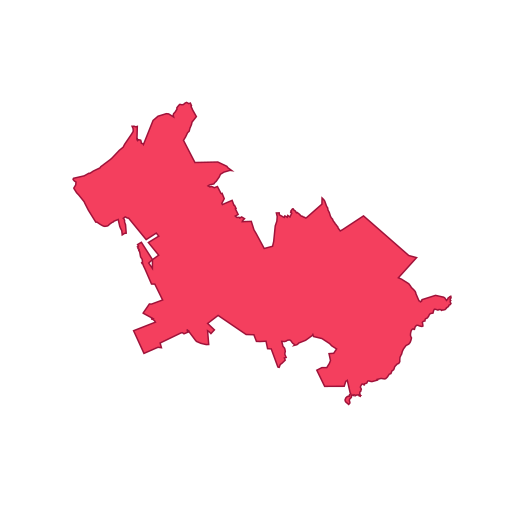 the district of Ezequiel Montes, Querétaro, Mexico, rotated 329°
{"feature_id": "50627088B86896895761869", "entity_name": "Ezequiel Montes", "entity_type": "district", "adm_level": 2, "iso_a3": "MEX", "parent_name": "Mexico", "parent_adm1": "Querétaro", "projection": "equal_earth", "projection_center": [-99.842, 20.653], "detail": "fine", "context": "isolated", "style": "filled", "palette": "rose", "viewbox_px": 512, "rotation_deg": 329, "n_neighbors": 0, "source": "geoboundaries", "source_scale": "gbopen_adm2", "svg_char_len": 6117}
<svg xmlns="http://www.w3.org/2000/svg" viewBox="0 0 512 512"><g transform="rotate(329 256 256)"><path d="M402.2,390.8L401.1,390.7L400.0,391.0L399.3,390.9L398.8,391.1L398.3,391.6L396.4,392.2L396.2,389.1L395.6,387.9L389.6,382.2L375.8,378.9L374.6,380.0L373.3,380.0L373.3,379.1L372.6,378.3L373.7,370.4L374.0,369.8L374.2,368.4L373.9,366.4L372.9,362.8L373.0,362.0L372.7,358.6L368.8,350.8L366.8,348.0L392.8,340.1L387.2,334.3L368.8,277.0L343.9,278.0L341.1,277.9L340.8,274.3L341.1,273.2L340.8,271.4L340.7,269.9L340.4,269.0L340.6,267.8L340.3,266.5L340.3,265.1L340.6,263.9L340.2,262.0L340.3,260.2L341.2,256.5L341.4,253.5L342.2,251.7L342.1,249.8L343.2,244.3L343.1,242.5L342.5,240.3L339.2,245.5L318.9,249.2L317.9,248.9L317.6,247.8L316.7,247.2L316.4,246.0L315.5,245.4L315.0,244.0L314.8,242.7L313.7,239.9L312.9,239.8L312.9,237.7L312.2,236.3L312.2,234.8L311.5,234.4L309.1,235.4L309.3,235.8L308.2,236.5L308.7,237.7L305.2,240.0L304.1,237.6L302.7,238.9L301.4,236.5L300.0,237.5L297.2,232.7L298.1,231.0L295.6,229.6L294.5,233.1L291.8,236.9L288.0,240.1L278.7,252.6L275.2,256.2L266.9,253.8L267.7,236.7L267.7,232.6L269.8,223.9L261.9,219.5L262.7,218.8L265.4,218.1L263.8,215.1L261.6,215.1L261.5,214.2L259.4,213.1L258.8,211.1L262.1,211.2L262.6,205.0L263.4,205.0L263.7,201.5L263.2,201.2L264.2,196.0L253.7,194.6L253.8,193.3L258.3,190.5L259.2,184.9L258.5,184.9L258.2,184.2L258.7,176.6L255.4,176.0L254.3,174.3L253.3,173.3L252.1,173.1L251.0,171.2L252.9,171.1L257.0,172.5L258.6,171.8L260.3,171.5L265.2,169.3L267.5,167.7L268.3,167.6L271.8,167.6L277.8,169.2L279.2,170.3L277.4,166.0L277.2,164.1L271.7,155.8L251.8,144.4L253.4,119.5L256.9,117.7L260.8,115.1L263.0,114.6L265.1,112.5L268.4,110.1L270.1,108.3L276.7,105.8L276.9,98.1L277.2,96.3L277.2,95.1L277.7,93.9L278.1,93.9L278.5,91.1L276.9,90.8L275.6,88.6L273.9,88.4L271.7,88.8L270.1,88.0L268.9,86.8L267.6,87.0L264.6,88.1L263.6,89.7L263.0,89.8L261.0,90.9L258.6,91.6L257.5,92.7L257.0,94.4L254.3,89.2L252.4,87.8L244.0,85.7L237.6,86.8L216.9,102.5L216.9,101.4L215.8,100.4L216.6,98.3L216.8,97.3L215.2,95.8L214.2,96.1L214.6,94.6L214.0,94.9L214.1,94.2L215.7,92.1L221.0,83.8L219.5,83.4L218.4,82.0L216.6,81.0L216.3,83.4L215.0,85.9L212.4,87.3L200.9,92.6L198.2,94.3L193.3,95.0L182.9,97.9L180.7,98.3L168.9,99.5L167.7,100.1L160.2,99.4L156.1,99.6L155.5,99.0L150.0,98.8L139.6,95.4L138.7,96.0L138.7,96.9L139.0,98.3L139.8,99.9L138.1,102.2L134.9,103.9L134.7,104.3L134.8,109.4L135.5,112.5L136.7,121.3L136.5,121.8L135.9,130.4L136.1,144.3L136.2,144.6L137.1,145.0L138.8,148.7L140.1,151.0L141.1,152.3L142.0,152.9L144.0,153.7L145.4,153.8L146.3,153.4L149.9,153.1L151.3,153.3L152.2,153.0L156.7,153.7L154.5,160.3L154.1,162.7L154.0,165.1L152.2,169.0L154.9,168.9L156.5,169.6L160.3,162.0L160.8,159.2L161.7,157.8L161.9,156.4L161.7,155.3L164.1,155.1L165.2,157.1L166.3,158.0L170.3,185.4L182.3,185.0L182.9,188.9L170.7,189.0L173.0,205.2L165.4,205.8L160.8,213.3L160.4,206.8L165.4,205.7L164.8,185.2L160.4,185.2L160.4,186.9L159.1,187.1L159.3,188.1L158.8,188.5L158.8,189.6L159.2,190.2L158.3,191.0L158.5,192.0L158.2,193.1L156.6,197.3L156.7,200.4L155.6,202.7L154.5,202.9L154.5,203.9L155.0,204.0L154.5,206.3L154.1,210.5L152.0,226.2L154.8,228.0L153.3,245.6L141.6,243.4L139.9,242.2L130.0,246.7L129.8,246.9L135.4,256.4L134.2,256.1L134.1,256.4L134.9,257.1L135.7,259.2L135.7,260.9L112.6,257.0L109.8,281.8L123.1,283.5L125.0,283.8L127.7,285.9L129.0,281.2L152.2,283.3L153.5,283.9L154.2,285.6L158.1,286.2L159.1,283.4L159.2,284.8L159.7,285.5L159.4,285.7L159.7,286.2L159.4,286.8L159.7,287.5L160.7,297.2L161.0,298.6L163.8,302.5L167.7,306.3L169.9,307.5L176.0,295.1L177.0,297.2L177.4,299.3L182.3,297.9L179.8,288.9L192.9,287.4L207.1,318.2L213.6,322.4L212.4,329.4L215.4,331.4L220.7,334.2L218.2,341.4L221.2,343.5L217.6,362.3L217.7,362.7L218.5,363.4L220.9,361.5L223.1,361.3L227.4,360.3L227.8,358.0L229.6,358.5L230.0,355.4L230.8,354.0L231.9,353.0L232.8,350.7L233.0,349.6L232.6,347.3L234.1,342.4L236.3,344.0L238.1,344.5L239.2,344.4L239.8,344.5L241.2,345.1L241.6,345.4L242.2,346.3L242.5,349.5L243.5,352.1L242.7,352.3L245.3,353.1L247.1,352.9L247.8,352.6L255.1,353.8L263.4,353.1L264.3,352.6L263.9,354.7L270.0,360.7L274.0,369.0L274.6,371.9L277.2,377.2L272.5,379.4L268.3,377.3L266.0,384.0L263.5,385.9L259.2,388.1L255.0,385.6L249.3,385.2L247.7,403.1L264.5,413.1L268.4,409.7L270.2,409.6L266.3,421.6L266.2,422.9L265.0,423.0L264.4,423.3L264.1,424.0L263.4,424.3L263.0,423.8L262.6,423.6L261.6,423.5L259.9,423.9L258.2,425.2L257.8,426.2L257.8,427.5L259.0,431.0L260.7,430.4L261.2,429.6L261.4,428.5L261.8,427.6L262.6,426.9L264.6,426.4L265.4,425.9L265.8,424.9L266.4,424.6L266.9,424.7L267.7,425.8L268.5,425.4L269.4,426.6L269.2,426.9L270.3,426.9L272.4,427.8L272.6,428.1L272.3,428.8L273.1,429.9L273.4,429.5L273.9,429.5L273.5,428.7L274.0,428.1L274.0,427.4L274.8,426.3L275.6,425.9L276.5,425.7L276.8,425.0L277.6,424.5L277.9,423.4L277.8,422.8L277.9,422.1L278.9,421.3L280.8,420.4L281.5,420.7L282.0,421.4L282.4,422.8L282.6,421.6L283.2,421.4L284.7,421.9L285.7,421.9L286.8,421.1L287.6,420.8L288.3,421.1L289.8,422.7L290.7,423.4L296.1,424.9L296.3,424.9L296.3,424.2L299.7,425.2L300.2,425.4L302.9,427.6L303.5,427.8L304.1,427.9L306.3,427.4L309.4,425.9L310.9,426.3L311.4,426.1L312.0,425.4L312.4,425.3L313.1,424.6L315.3,424.4L316.0,424.0L317.8,422.4L318.9,422.0L321.5,421.3L323.0,421.6L324.4,420.9L325.0,420.4L325.7,419.1L327.2,417.0L329.8,415.3L330.3,415.1L332.2,413.2L334.6,411.6L338.5,410.0L341.5,410.2L343.5,409.5L345.1,408.3L347.1,406.3L347.2,404.8L347.6,403.4L348.9,401.6L350.5,400.0L351.9,399.3L353.2,399.3L353.6,400.3L354.0,400.5L355.8,398.8L357.5,398.2L358.2,398.2L359.1,398.8L360.2,400.3L361.6,401.6L362.0,401.9L363.0,402.0L363.8,400.3L364.4,398.5L365.8,398.2L367.4,398.7L368.0,397.8L368.7,397.2L369.3,397.1L370.5,397.4L371.7,397.1L371.9,396.9L372.7,396.7L374.1,395.7L375.2,395.3L376.0,395.2L378.3,396.1L380.2,394.2L381.5,393.5L382.5,394.2L384.1,396.1L385.2,396.1L386.7,397.1L387.0,398.2L387.9,398.2L388.3,398.6L390.4,399.3L392.3,398.9L392.5,398.5L394.4,398.5L395.2,398.3L395.8,397.7L396.3,397.5L397.2,397.7L398.6,397.2L398.8,395.3L399.3,394.7L400.0,394.5L399.9,393.8L400.0,393.4L400.3,392.9L401.2,392.6L401.9,391.9L402.2,390.8Z" fill="#f43f5e" stroke="#9f1239" stroke-width="1.5"/></g></svg>